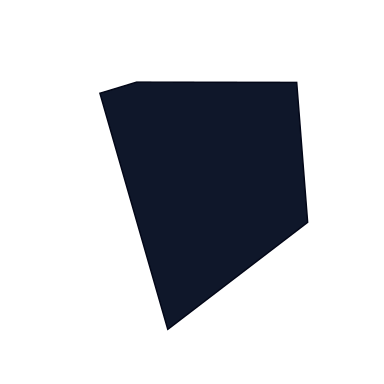 an SVG outline of Transnistria, rotated 19°
{"feature_id": "MDA-1638", "entity_name": "Transnistria", "entity_type": "District", "adm_level": 1, "iso_a3": "MDA", "parent_name": "Moldova", "parent_adm1": "", "projection": "robinson", "projection_center": [29.154, 47.261], "detail": "fine", "context": "isolated", "style": "filled", "palette": "ink", "viewbox_px": 384, "rotation_deg": 19, "n_neighbors": 0, "source": "natural_earth", "source_scale": "10m", "svg_char_len": 275}
<svg xmlns="http://www.w3.org/2000/svg" viewBox="0 0 384 384"><g transform="rotate(19 192 192)"><path d="M213.8,329.7L168.3,264.8L72.8,128.6L73.4,128.2L103.8,106.2L255.3,54.3L311.2,183.0L214.1,329.3L213.8,329.7Z" fill="#0f172a" stroke="#020617" stroke-width="1.5"/></g></svg>